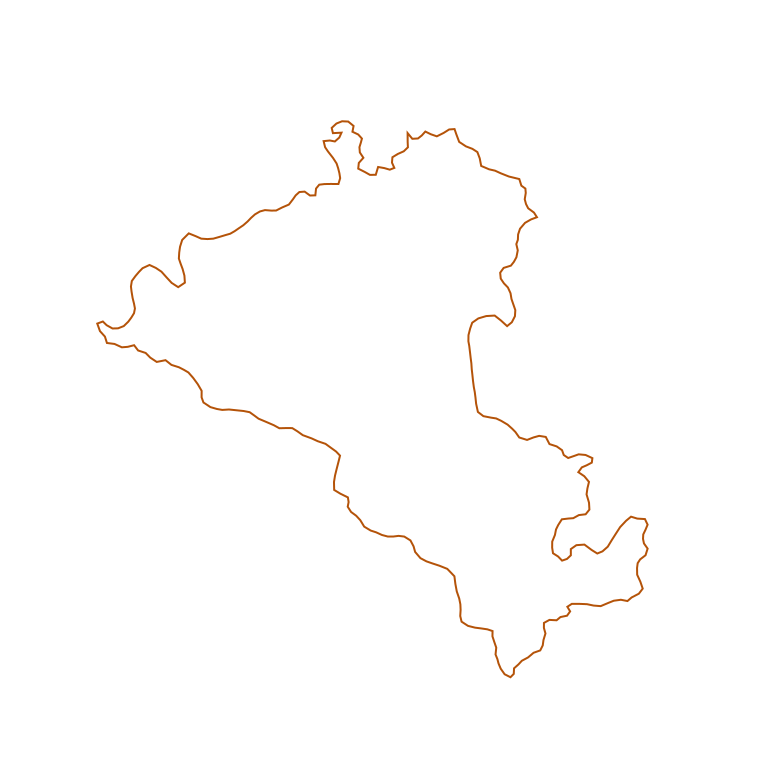 Papagaios, Minas Gerais, Brazil, rotated 281°
{"feature_id": "56859067B20043946270672", "entity_name": "Papagaios", "entity_type": "district", "adm_level": 2, "iso_a3": "BRA", "parent_name": "Brazil", "parent_adm1": "Minas Gerais", "projection": "robinson", "projection_center": [-44.693, -19.372], "detail": "fine", "context": "isolated", "style": "outline", "palette": "amber", "viewbox_px": 768, "rotation_deg": 281, "n_neighbors": 0, "source": "geoboundaries", "source_scale": "gbopen_adm2", "svg_char_len": 4614}
<svg xmlns="http://www.w3.org/2000/svg" viewBox="0 0 768 768"><g transform="rotate(281 384 384)"><path d="M391.7,96.1L388.6,91.0L381.7,95.1L377.3,101.0L371.4,104.2L371.9,111.8L370.0,119.7L371.6,125.4L374.4,131.3L370.0,136.2L369.0,144.1L365.3,149.5L362.3,156.7L365.7,165.0L362.2,171.7L361.3,179.5L359.7,185.0L358.0,189.8L353.5,195.6L348.3,201.2L342.5,206.3L336.1,207.5L331.4,210.3L328.2,218.0L327.6,224.7L327.7,230.2L329.4,236.7L330.0,243.5L330.7,251.3L330.7,257.5L328.4,262.5L326.0,267.5L324.3,275.6L322.5,283.8L320.6,289.7L322.2,296.9L323.2,302.4L321.0,308.1L318.3,314.0L316.8,323.3L315.2,329.9L314.1,338.0L311.2,344.2L308.6,349.8L305.3,354.5L299.4,354.2L291.0,353.7L284.8,353.4L278.3,353.6L270.5,355.3L268.0,362.1L265.8,370.2L261.3,371.8L256.6,371.8L252.1,376.1L249.4,381.8L245.8,386.7L240.2,391.8L237.6,398.9L236.9,404.6L235.4,410.8L235.0,416.7L236.0,422.1L237.7,427.3L238.1,433.0L235.5,439.8L230.3,444.0L225.1,446.6L220.0,453.0L218.0,459.5L217.1,465.8L216.2,473.0L214.6,481.4L208.7,489.8L201.4,492.2L194.3,495.0L187.7,498.8L182.3,501.0L176.9,502.3L170.8,503.1L165.5,505.5L162.6,512.6L162.2,519.9L162.6,525.8L162.9,532.3L162.2,537.7L157.0,538.6L151.8,541.5L146.6,544.5L139.8,545.1L135.6,547.8L131.6,549.7L126.8,552.9L122.1,557.8L120.3,564.1L124.2,566.7L129.7,565.9L134.4,569.5L138.6,572.1L143.1,577.6L148.7,582.1L152.3,588.2L157.7,589.7L163.1,589.4L169.9,590.1L175.1,587.5L180.0,586.6L184.0,591.4L185.0,598.5L188.9,601.7L191.5,607.9L196.3,610.1L200.3,606.5L204.0,610.3L205.4,617.4L206.6,625.3L206.5,632.0L207.3,639.1L212.0,646.1L215.1,650.9L217.4,657.7L217.4,664.4L221.7,667.8L226.8,674.2L232.5,677.0L238.8,673.4L245.1,668.9L251.7,667.5L256.5,667.2L260.7,668.9L265.8,673.4L272.7,674.2L277.1,669.6L281.4,667.8L285.8,667.2L290.8,668.5L296.2,669.6L301.2,665.9L300.2,658.3L300.9,651.8L295.9,647.7L288.6,643.1L281.4,640.2L274.3,637.4L267.0,634.7L261.4,630.4L258.3,625.7L260.7,619.5L264.6,611.4L262.5,603.6L257.6,598.9L251.5,600.1L247.2,597.0L244.6,592.5L247.9,587.8L250.1,582.2L255.4,580.3L261.4,579.2L268.4,580.6L274.0,580.6L278.8,581.9L285.1,584.4L287.1,590.6L288.4,595.4L292.5,600.3L294.6,606.8L299.9,609.6L306.6,607.9L314.3,603.9L320.4,603.6L327.0,603.9L331.7,598.2L334.5,591.6L339.9,594.1L342.9,598.5L346.5,603.0L351.0,602.7L352.8,595.4L352.1,588.5L349.5,584.1L346.5,578.9L348.6,574.0L353.0,571.4L355.7,565.4L356.6,557.9L362.9,552.9L362.7,546.2L360.1,541.0L356.4,535.1L357.3,527.0L362.0,522.1L364.6,518.3L367.7,513.1L370.2,506.1L371.6,500.7L371.4,495.5L371.4,487.7L374.5,481.5L382.2,478.2L388.4,476.3L393.5,474.6L398.0,472.8L404.0,470.8L409.9,469.0L415.3,467.3L421.0,465.8L426.1,464.1L431.8,462.3L437.7,460.4L442.0,458.7L448.1,457.6L454.9,458.0L461.0,458.9L466.4,464.1L470.2,471.4L472.3,479.6L468.7,486.6L464.3,493.8L469.0,497.7L475.5,499.6L481.6,498.8L487.3,495.5L491.8,492.9L497.2,490.9L502.4,487.2L505.7,482.5L509.7,478.5L515.4,476.8L520.8,479.3L524.4,486.0L528.7,488.2L533.7,489.8L540.7,489.8L546.6,487.2L551.1,487.9L556.4,487.1L562.4,487.9L569.1,491.7L573.6,496.9L576.9,502.3L580.9,498.5L584.0,492.0L587.7,489.1L592.2,486.9L598.6,486.7L602.8,485.5L604.9,481.0L611.0,477.7L611.5,467.0L613.1,458.5L614.6,452.3L614.8,446.2L616.6,437.8L623.8,434.9L629.5,431.4L631.7,425.9L632.9,419.1L636.0,411.6L643.0,407.3L647.7,404.6L646.3,399.4L641.8,394.6L637.2,388.6L638.1,382.3L639.7,376.4L635.2,373.7L631.5,370.5L630.1,365.0L634.8,359.3L626.3,361.0L620.9,362.3L616.2,359.0L612.4,353.6L608.2,349.0L602.8,349.6L598.1,352.9L595.5,348.8L596.0,343.1L595.9,336.8L587.8,336.0L586.6,330.3L588.4,324.9L590.5,317.6L596.2,317.1L602.1,320.6L606.7,316.1L611.8,314.7L616.3,315.2L620.7,315.5L624.0,311.1L625.6,304.9L631.5,304.9L634.8,298.8L633.9,292.7L630.6,287.6L625.4,283.8L620.5,286.0L622.6,294.3L617.4,293.1L612.7,289.5L612.7,284.4L610.9,278.4L605.2,281.0L601.6,284.6L596.2,290.8L591.4,295.4L587.1,297.8L582.4,300.0L577.7,301.7L571.6,301.1L570.2,293.5L568.9,287.4L567.3,282.4L562.9,280.0L556.1,280.6L554.9,275.4L557.7,269.4L556.3,264.3L552.3,261.3L548.0,259.4L542.0,256.4L537.9,250.4L533.7,245.0L532.7,240.2L532.0,234.0L529.7,229.3L525.9,225.0L521.7,221.8L517.5,219.1L513.0,215.6L509.7,212.3L505.5,208.2L502.2,204.4L500.0,200.1L497.0,194.4L494.1,188.7L492.6,183.1L491.8,176.9L493.2,170.9L494.6,163.6L486.9,158.4L479.8,157.6L474.0,157.9L468.0,158.7L463.3,161.4L458.4,164.4L452.3,167.4L445.5,169.2L439.8,163.5L442.7,156.3L447.1,150.3L451.8,144.1L454.4,137.9L456.1,131.1L451.6,124.9L447.3,122.1L442.7,119.5L437.0,116.8L431.4,117.0L426.7,118.5L420.5,120.8L415.1,123.3L410.6,125.1L405.8,125.1L401.0,123.3L396.4,121.1L391.2,117.5L387.9,112.3L386.7,106.9L388.8,100.5L391.7,96.1Z" fill="none" stroke="#b45309" stroke-width="2"/></g></svg>